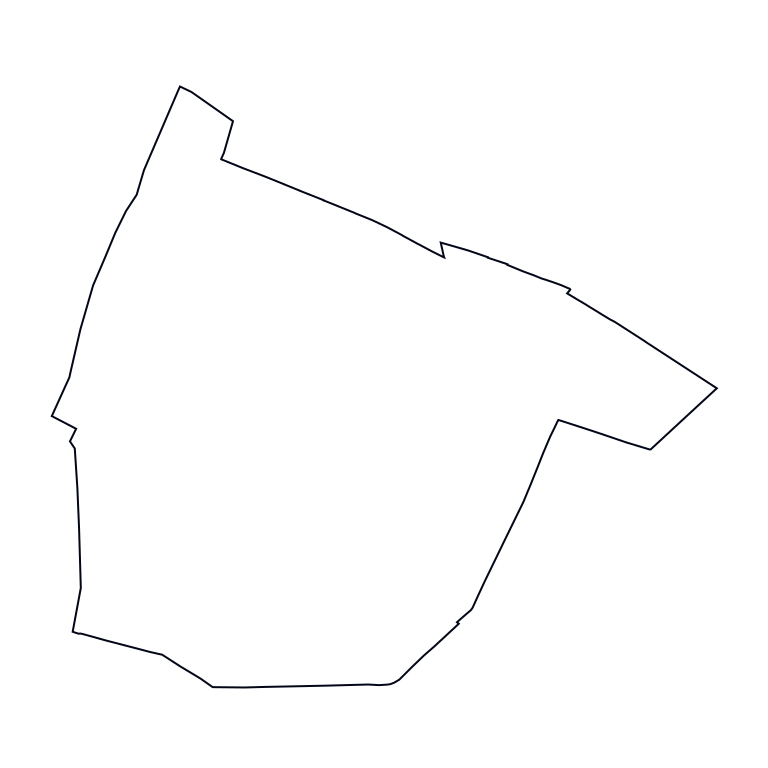 outline of Tlaltenango, Puebla, Mexico, rotated 89°
{"feature_id": "50627088B74613922944869", "entity_name": "Tlaltenango", "entity_type": "district", "adm_level": 2, "iso_a3": "MEX", "parent_name": "Mexico", "parent_adm1": "Puebla", "projection": "albers", "projection_center": [-98.344, 19.163], "detail": "fine", "context": "isolated", "style": "outline", "palette": "ink", "viewbox_px": 768, "rotation_deg": 89, "n_neighbors": 0, "source": "geoboundaries", "source_scale": "gbopen_adm2", "svg_char_len": 1839}
<svg xmlns="http://www.w3.org/2000/svg" viewBox="0 0 768 768"><g transform="rotate(89 384 384)"><path d="M83.0,582.8L87.7,585.0L166.1,620.3L190.5,628.0L206.5,638.9L228.3,650.1L250.4,659.7L280.5,673.2L324.0,686.6L364.9,696.8L372.0,698.5L377.4,701.1L410.3,716.7L423.4,692.6L435.9,699.0L443.1,694.3L482.7,692.4L523.2,691.4L582.6,690.7L626.3,699.6L628.3,693.9L628.2,692.0L628.7,689.7L635.7,666.1L636.7,662.5L645.2,631.9L647.4,624.2L647.7,623.2L650.3,612.6L650.8,610.5L662.9,592.5L675.4,572.5L684.1,560.6L685.0,528.6L684.8,508.3L684.7,474.8L684.6,447.9L684.2,405.0L685.0,394.1L684.8,390.0L684.6,385.7L684.2,382.8L682.8,379.0L679.9,373.9L666.9,360.4L656.4,349.1L647.3,338.3L625.0,313.4L623.5,315.2L621.9,313.4L615.5,305.8L611.9,301.4L610.0,299.8L608.6,299.0L597.2,293.6L582.6,286.5L550.5,270.2L544.7,267.3L504.4,246.7L495.7,242.9L493.8,242.1L488.4,239.7L472.3,232.9L470.9,232.3L456.2,226.2L439.6,218.8L430.4,214.1L425.1,211.5L423.4,210.6L423.0,210.3L424.1,207.0L424.4,206.1L434.9,175.5L440.4,160.1L446.3,143.7L446.7,142.6L451.9,126.4L453.7,120.8L454.1,119.5L454.0,118.4L453.6,118.0L412.5,72.0L394.1,51.3L354.1,110.4L346.3,121.9L346.0,122.2L344.9,123.8L325.8,152.4L323.3,157.0L318.0,165.4L314.2,171.3L310.4,177.3L307.7,181.4L302.4,190.1L296.6,199.3L292.9,196.1L292.0,196.7L290.9,199.3L288.4,204.8L285.6,212.1L282.7,220.2L281.3,224.5L277.7,232.9L276.1,237.1L273.8,243.0L272.7,245.6L269.7,252.5L267.0,258.7L266.4,258.5L259.6,277.9L259.1,277.8L252.1,297.1L243.6,324.8L257.4,322.0L258.5,321.6L258.1,322.5L253.2,331.9L253.1,332.2L244.7,347.3L244.6,347.6L236.0,362.8L235.7,363.0L227.1,378.5L219.6,393.7L219.5,394.0L212.8,409.8L212.5,410.2L205.8,426.0L205.6,426.4L199.3,441.4L199.1,441.3L190.7,461.5L175.3,497.4L165.5,521.8L156.6,542.6L156.3,542.9L150.0,540.0L118.6,530.4L88.7,571.4L83.0,582.8Z" fill="none" stroke="#020617" stroke-width="2"/></g></svg>